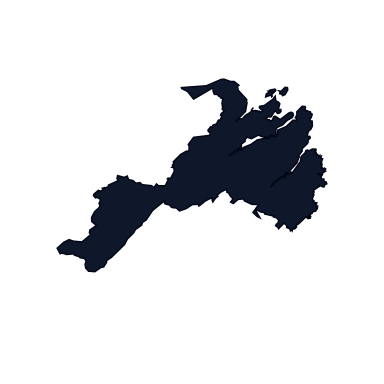 outline of Carrigaline Lea-6, Cork, Ireland, rotated 324°
{"feature_id": "5873133B49467827523795", "entity_name": "Carrigaline Lea-6", "entity_type": "district", "adm_level": 2, "iso_a3": "IRL", "parent_name": "Ireland", "parent_adm1": "Cork", "projection": "equal_earth", "projection_center": [-8.381, 51.806], "detail": "fine", "context": "isolated", "style": "filled", "palette": "ink", "viewbox_px": 384, "rotation_deg": 324, "n_neighbors": 0, "source": "geoboundaries", "source_scale": "gbopen_adm2", "svg_char_len": 6109}
<svg xmlns="http://www.w3.org/2000/svg" viewBox="0 0 384 384"><g transform="rotate(324 192 192)"><path d="M211.4,155.6L204.8,154.9L194.5,156.6L194.4,158.0L191.9,158.8L192.2,160.0L190.3,160.2L191.2,161.1L191.1,162.6L189.7,164.9L182.7,168.4L180.8,166.7L179.8,166.9L180.3,167.9L174.1,171.2L168.7,167.4L168.0,164.6L163.8,166.0L163.1,163.2L156.0,156.8L155.5,153.9L151.8,151.9L150.9,147.9L147.9,144.7L149.0,141.0L145.7,140.3L141.5,135.0L139.4,136.8L138.7,139.4L128.5,137.3L127.7,138.3L123.9,137.9L124.0,137.1L121.7,136.3L121.9,137.6L118.8,137.8L117.4,137.2L118.0,136.8L117.2,135.6L111.2,136.1L110.2,137.0L110.4,140.0L112.0,140.6L113.5,143.5L112.4,145.4L110.1,146.5L109.8,148.4L107.9,150.0L101.8,150.6L95.9,153.5L93.5,156.9L95.0,162.9L87.1,162.7L84.9,164.8L85.2,166.9L73.6,167.7L67.0,161.9L64.6,158.3L58.8,157.3L49.9,158.2L49.0,164.5L50.7,164.7L54.0,169.0L59.5,172.2L60.0,174.4L62.7,177.9L62.8,179.4L65.9,182.5L65.6,185.9L63.0,187.6L61.3,191.1L61.7,195.2L66.6,199.4L73.8,199.5L76.5,200.7L81.3,198.8L82.7,197.3L88.4,197.5L106.7,194.8L112.0,192.1L120.9,190.7L124.2,189.1L131.9,189.2L134.0,187.5L138.5,187.7L149.2,183.8L163.7,183.0L165.0,183.5L163.3,184.6L163.2,185.8L166.3,189.5L166.2,191.5L167.2,193.4L169.9,195.7L170.8,200.0L177.5,202.0L184.9,202.4L190.3,206.0L189.2,207.2L190.0,207.5L197.2,207.1L202.4,207.8L205.2,209.2L203.5,210.4L203.0,212.3L207.5,210.8L210.3,210.8L210.4,209.5L215.0,209.0L220.3,209.8L221.4,210.9L220.1,212.6L221.0,214.5L220.6,217.9L221.2,221.7L217.3,222.8L218.6,225.6L225.0,225.1L229.5,227.8L229.2,230.1L233.1,237.1L238.5,241.3L229.3,244.4L230.3,250.1L231.8,252.9L232.5,245.7L233.5,244.0L235.7,248.3L238.4,251.2L237.9,252.6L243.8,259.3L243.2,259.9L245.0,262.2L245.7,265.6L243.0,267.8L241.2,267.6L239.8,268.5L240.8,271.1L240.4,272.6L248.1,271.3L248.9,275.2L247.7,276.4L249.5,279.1L248.8,281.3L250.4,281.4L250.3,282.2L251.5,281.1L253.3,282.1L254.5,281.2L254.3,282.1L255.7,281.8L255.3,281.0L256.0,280.3L256.5,280.9L258.1,279.9L259.3,280.5L269.5,279.1L270.0,281.0L271.7,279.9L271.9,281.5L271.0,282.1L272.2,282.7L273.6,281.6L273.2,280.5L273.9,280.4L273.9,279.4L276.6,279.9L278.3,278.9L280.6,280.2L283.6,279.1L285.4,277.2L283.8,276.0L286.6,274.2L284.6,272.1L285.4,271.0L284.9,270.8L285.4,268.1L289.1,265.8L289.1,264.6L290.8,263.8L291.2,262.0L298.4,262.3L298.8,261.3L300.5,264.1L301.5,263.8L300.9,264.4L301.6,265.5L303.9,264.2L305.9,264.6L306.4,262.5L305.0,261.5L306.3,258.9L304.7,258.0L305.1,255.8L306.4,255.1L304.7,252.6L304.7,251.3L306.0,251.8L307.7,254.6L308.7,253.5L311.6,253.6L311.1,253.2L312.3,253.0L312.3,252.0L314.3,252.0L313.1,251.6L313.3,250.6L311.0,250.0L311.6,249.0L310.8,248.6L313.4,246.1L312.5,245.5L313.7,244.8L313.2,244.5L317.2,241.9L316.2,239.8L317.7,238.9L316.0,238.4L317.0,238.0L316.0,238.1L316.6,237.6L315.9,237.6L315.6,235.2L314.4,234.8L315.4,233.4L314.6,233.1L316.6,231.3L315.4,231.3L317.1,229.9L314.7,228.0L310.2,227.3L310.2,226.0L308.6,225.4L306.4,226.8L301.2,227.5L297.8,230.8L298.4,231.8L296.5,231.4L284.0,235.5L282.9,235.0L283.5,235.2L283.8,233.9L280.1,234.6L280.4,233.6L279.2,233.4L278.2,232.5L275.9,235.2L275.9,234.2L272.6,232.9L266.1,233.0L265.3,232.7L265.0,232.2L264.8,232.2L264.3,232.9L263.3,232.4L263.4,233.2L262.3,233.2L263.4,233.2L263.5,233.0L263.3,232.5L264.3,232.9L264.9,232.2L265.2,232.8L265.8,233.0L258.8,234.3L261.9,233.0L263.2,233.1L263.1,232.3L264.3,232.7L264.9,231.9L266.2,232.7L267.4,232.0L268.1,232.6L270.7,231.8L272.5,232.6L273.4,231.9L273.9,232.2L273.4,232.8L275.5,232.8L276.2,233.6L277.5,232.3L278.4,232.1L279.4,233.1L280.5,232.6L279.5,231.8L280.6,231.9L280.9,232.5L280.1,233.0L294.2,230.1L298.0,227.5L298.5,225.7L299.1,225.6L299.3,227.6L299.5,225.5L305.2,223.6L306.5,221.7L313.7,220.7L315.3,219.9L316.0,218.5L319.6,217.7L320.0,216.2L318.4,215.3L318.4,214.2L321.7,211.4L325.2,211.0L328.3,209.3L330.9,205.2L329.8,204.3L330.0,202.5L332.3,201.8L335.0,199.7L334.3,197.6L334.9,196.8L331.9,192.7L332.7,190.7L333.5,190.0L333.6,190.8L333.7,189.2L331.5,187.4L323.9,188.7L322.3,191.2L319.2,192.7L319.9,193.7L318.6,195.4L316.0,193.3L306.6,194.4L297.7,192.4L294.9,195.9L293.0,196.6L290.9,195.7L289.0,193.6L285.3,193.6L282.2,191.2L275.4,188.2L267.5,188.1L260.4,186.3L259.2,186.7L258.3,185.7L256.6,187.5L256.0,187.0L256.8,186.1L255.4,185.7L249.8,185.9L246.0,184.4L243.3,185.0L244.8,184.3L247.4,184.1L257.6,184.6L259.1,183.9L259.8,182.3L264.8,182.2L265.6,180.9L268.7,180.0L271.4,183.8L279.2,185.0L280.9,188.1L285.3,192.5L289.2,192.0L290.3,192.8L290.5,194.2L292.2,195.1L293.8,194.8L296.4,191.0L298.8,189.8L304.5,191.0L311.1,190.0L316.9,190.7L319.4,189.4L320.0,187.4L319.1,185.7L316.8,185.0L306.0,185.2L303.8,179.4L302.1,179.2L299.3,181.1L296.8,180.5L297.1,178.8L295.8,178.3L295.0,176.1L297.8,176.0L300.1,177.7L306.2,175.3L307.3,176.2L307.3,178.7L309.2,179.6L311.4,179.1L312.3,177.4L310.8,176.4L311.0,175.4L314.9,172.2L314.7,169.8L313.3,167.7L315.6,163.4L311.7,164.5L301.4,164.5L297.1,162.4L296.0,163.4L296.4,165.9L297.6,167.2L295.5,167.9L294.0,167.2L294.2,166.5L291.0,163.2L288.1,161.7L288.2,160.7L291.3,159.7L288.2,160.6L287.8,161.7L285.6,161.8L280.1,161.4L275.7,162.4L273.0,160.5L268.3,161.0L270.5,160.8L270.0,160.4L271.9,159.4L270.6,160.3L282.6,158.3L289.1,152.0L289.0,151.3L290.6,149.4L290.6,149.1L289.2,137.0L290.8,133.3L292.7,133.2L291.0,127.3L288.1,125.2L284.2,119.5L281.9,118.1L266.1,114.5L244.8,101.3L244.5,102.3L247.5,108.1L247.9,117.8L270.2,120.0L268.1,123.3L267.5,126.1L270.3,128.5L269.8,129.6L271.0,132.7L270.6,133.2L272.0,134.4L268.6,137.6L266.2,141.9L265.1,142.7L265.8,145.5L261.8,145.7L260.3,146.6L260.7,148.3L256.7,150.3L255.6,149.4L251.7,151.3L248.4,150.2L245.8,151.3L245.5,150.2L241.3,151.3L240.8,152.6L241.5,154.8L239.7,156.6L225.4,148.7L216.9,151.4L216.5,153.5L213.5,157.1L211.4,155.6ZM320.7,164.0L322.1,165.6L321.9,167.3L324.5,167.9L329.5,165.7L330.6,163.6L328.8,162.0L323.2,162.8L321.9,161.5L322.2,162.7L320.7,164.0ZM318.9,159.3L319.7,158.8L319.6,157.5L314.9,155.3L314.1,155.4L315.9,156.3L316.3,158.0L315.9,158.9L314.9,158.2L314.9,159.9L314.4,156.3L313.1,155.4L313.3,156.1L312.3,156.5L309.7,156.3L307.4,158.4L313.5,160.1L318.9,159.3ZM314.0,161.5L312.6,161.2L312.4,161.7L314.0,161.5Z" fill="#0f172a" stroke="#020617" stroke-width="1.5"/></g></svg>